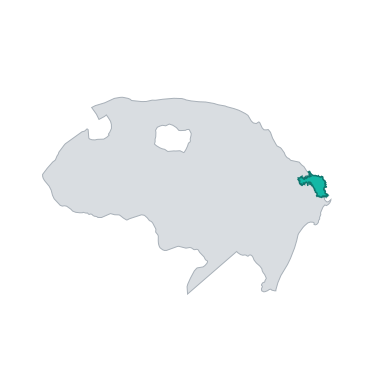 Overberg, Western Cape, South Africa (highlighted), rotated 229°
{"feature_id": "47623444B61406186088349", "entity_name": "Overberg", "entity_type": "district", "adm_level": 2, "iso_a3": "ZAF", "parent_name": "South Africa", "parent_adm1": "Western Cape", "projection": "orthographic", "projection_center": [19.752, -34.228], "detail": "fine", "context": "in_parent", "style": "filled", "palette": "teal", "viewbox_px": 384, "rotation_deg": 229, "n_neighbors": 0, "source": "geoboundaries", "source_scale": "gbopen_adm2", "svg_char_len": 8209}
<svg xmlns="http://www.w3.org/2000/svg" viewBox="0 0 384 384"><g transform="rotate(229 192 192)"><path d="M268.5,83.8L277.3,83.5L281.1,84.6L285.7,86.9L290.0,88.0L297.4,88.2L300.0,88.7L301.9,89.6L303.3,90.8L304.9,98.4L306.0,106.5L305.8,109.1L305.9,110.1L307.7,113.7L308.3,115.9L309.4,117.7L311.3,126.5L311.5,128.0L309.6,148.5L308.4,150.9L308.5,154.2L307.2,154.5L300.4,149.5L299.2,149.5L297.0,150.8L294.9,153.0L293.9,155.0L289.8,160.1L289.2,163.6L289.3,166.7L290.5,166.9L291.1,169.2L292.8,172.9L295.9,175.5L298.8,176.9L303.0,177.6L306.4,177.9L306.4,175.6L307.8,169.4L313.3,170.9L321.6,171.7L320.6,175.7L316.6,184.6L313.6,194.8L310.6,199.8L309.0,201.8L304.7,205.1L302.5,206.2L300.7,206.4L293.2,213.4L290.3,216.9L287.5,222.1L285.0,224.9L281.1,230.9L274.6,239.8L269.2,245.6L266.9,247.2L265.4,247.9L261.3,251.1L255.5,256.5L251.0,261.3L244.5,266.6L240.8,268.9L235.1,273.5L233.6,274.2L227.4,278.4L222.9,281.0L215.9,283.8L213.1,284.5L206.6,283.3L203.9,283.6L201.5,285.4L201.1,288.3L200.2,288.7L194.3,287.0L191.8,287.1L190.3,288.6L189.1,290.5L185.6,290.4L179.7,288.1L172.6,286.6L170.9,286.4L167.4,287.8L166.1,287.9L161.1,287.4L158.3,286.4L155.6,286.3L153.6,287.1L151.1,287.3L144.2,292.5L140.7,292.5L137.7,293.1L132.4,292.3L130.8,292.6L129.2,293.5L125.6,293.9L124.2,294.7L118.1,299.6L115.6,299.1L112.5,299.0L108.9,296.4L107.5,296.6L107.9,295.8L108.0,294.4L106.7,293.0L105.3,293.1L104.6,291.9L102.4,291.8L100.6,292.2L100.2,287.6L99.4,287.1L97.2,287.1L96.2,287.2L95.7,287.7L95.1,288.7L95.2,291.9L94.4,291.0L93.5,289.1L93.2,287.1L93.5,284.6L95.1,283.7L94.6,280.7L92.0,275.4L90.4,274.3L89.1,271.6L87.9,270.7L87.4,268.8L86.1,267.3L85.7,264.9L86.3,263.5L87.4,262.8L88.4,263.9L89.8,263.5L91.6,261.7L92.7,259.1L92.7,254.9L92.4,252.2L90.8,245.5L90.1,243.9L86.6,239.1L82.5,232.7L77.2,222.6L74.6,216.5L70.6,204.2L67.2,197.3L63.0,190.9L62.4,190.5L63.0,189.7L65.2,188.1L66.1,187.7L66.7,187.8L67.2,187.4L67.7,186.4L68.0,184.1L68.9,181.6L69.8,180.5L71.7,179.8L73.2,180.7L73.8,181.6L74.1,182.7L74.8,183.3L75.8,183.2L76.6,183.9L77.0,185.4L77.0,186.5L76.4,187.2L76.5,188.0L77.3,189.1L78.1,191.5L82.1,192.7L84.3,192.8L86.4,193.3L88.4,194.4L91.7,194.6L96.2,194.0L99.9,194.2L102.8,195.2L105.0,195.4L106.3,194.7L106.8,193.8L106.7,192.5L107.3,191.7L108.8,191.4L110.0,190.4L110.9,188.9L112.9,187.6L116.2,186.7L117.8,186.7L117.9,121.7L123.8,126.2L125.2,128.3L128.0,134.3L130.9,141.9L131.4,145.5L131.2,146.3L128.2,151.2L128.0,153.6L128.4,156.5L129.1,157.9L129.9,158.4L132.0,157.7L135.2,158.5L141.3,158.2L144.4,158.7L145.1,158.4L145.8,157.8L146.7,156.2L147.4,155.6L150.2,154.9L151.5,154.0L153.6,150.6L159.8,146.3L160.5,145.2L164.6,134.5L165.8,133.0L167.5,132.0L170.9,131.3L172.9,131.8L175.0,132.8L177.3,134.5L180.8,137.6L182.0,138.1L185.6,138.3L187.7,140.4L194.4,142.0L196.3,142.0L198.4,141.1L201.9,141.3L205.6,140.8L207.9,139.0L212.8,127.4L213.4,124.9L213.9,124.2L217.5,123.1L221.8,122.3L222.7,121.8L225.6,118.7L229.2,116.3L232.1,107.0L233.9,104.9L234.9,104.1L235.5,104.1L236.5,103.6L237.7,102.5L239.1,101.9L240.8,101.8L241.9,101.1L242.4,99.9L243.3,99.3L244.4,99.4L245.1,99.1L245.4,98.3L248.1,96.5L248.2,95.7L249.8,93.8L253.0,90.9L255.9,89.4L258.5,89.3L263.5,88.1L265.3,86.7L266.5,84.8L268.5,83.8ZM250.8,222.5L255.0,221.3L258.2,219.4L259.2,215.6L261.7,213.5L262.7,211.3L263.6,208.3L262.5,205.0L260.7,203.9L257.4,200.8L256.1,198.8L254.1,197.1L252.8,195.1L250.3,195.5L246.5,196.7L244.1,197.9L242.1,199.4L238.5,200.3L234.9,205.3L233.8,206.4L231.0,210.0L227.2,211.6L227.1,212.3L228.1,215.5L229.6,218.8L231.2,221.4L231.0,223.0L231.5,224.3L233.1,225.3L235.5,228.6L236.7,229.8L240.7,230.8L241.3,230.7L242.6,228.9L242.8,227.6L245.8,223.7L247.1,222.5L250.8,222.5Z" fill="#d9dde1" stroke="#a8b0b8" stroke-width="1"/><path d="M102.9,286.3L103.1,287.0L102.6,287.5L102.2,288.1L102.6,288.1L102.5,288.4L102.8,288.4L102.5,288.8L102.4,288.7L102.4,288.9L102.2,289.0L102.0,289.3L101.9,289.4L101.7,289.5L101.5,289.8L101.3,289.7L101.3,290.1L101.1,290.2L101.1,290.4L100.6,290.6L100.4,290.9L100.5,291.0L100.3,290.9L100.4,291.1L100.4,291.3L100.5,291.5L100.6,291.8L100.3,291.9L100.4,292.0L100.4,292.3L100.6,292.4L100.5,292.5L100.6,292.4L100.8,292.4L100.9,292.5L101.0,292.5L100.9,292.6L101.0,292.6L101.0,292.3L101.3,292.2L101.5,292.4L101.6,292.2L101.8,292.0L102.0,292.1L102.6,292.1L102.8,292.1L102.9,291.9L103.1,291.8L103.3,291.8L103.6,291.8L103.7,291.7L104.1,291.9L104.6,292.3L104.9,292.7L105.0,292.8L104.8,292.8L104.9,293.0L105.1,293.1L105.6,293.0L105.8,293.1L106.0,293.3L106.3,293.4L106.5,293.3L106.6,293.2L106.8,293.0L107.2,292.9L107.7,293.3L108.1,293.8L108.5,294.6L108.7,295.3L108.5,295.5L108.3,295.6L108.2,295.9L108.2,296.0L108.0,296.5L107.7,296.5L107.4,296.9L107.5,296.8L107.8,296.7L107.9,296.8L108.0,296.7L108.1,296.8L108.3,296.8L108.4,296.6L108.7,296.6L108.8,296.6L109.0,296.4L109.3,296.5L109.5,296.8L109.8,297.3L110.1,297.4L110.1,297.5L110.2,297.4L110.3,297.4L110.4,297.5L110.5,297.6L110.8,297.6L111.0,297.7L110.9,297.9L111.1,297.9L111.1,298.0L111.2,298.3L111.4,298.3L111.5,298.4L111.6,298.5L111.8,298.6L111.9,298.8L112.0,298.9L111.9,299.0L112.0,299.0L112.3,299.0L112.6,299.3L112.6,299.5L112.8,299.6L112.7,299.6L112.8,299.6L113.1,299.6L113.2,299.4L113.4,299.2L114.1,299.4L114.4,299.2L114.9,299.3L115.2,299.2L115.3,299.3L115.6,299.3L115.8,299.3L116.0,299.3L116.2,299.6L116.4,299.6L116.7,299.8L117.0,300.2L117.4,300.3L117.6,300.5L117.9,300.5L118.0,300.4L118.3,300.1L118.6,300.1L118.8,300.0L118.8,299.9L118.6,299.9L118.5,299.7L118.5,299.4L118.7,299.1L119.0,298.7L119.6,298.4L120.3,298.0L121.0,297.9L121.3,298.0L121.3,297.7L121.2,297.7L121.3,297.6L121.2,297.5L121.3,297.4L121.5,297.1L121.8,296.9L122.7,296.5L122.9,296.2L123.7,295.8L123.9,295.5L124.0,295.1L124.3,294.8L125.0,294.3L125.7,294.0L126.3,293.8L127.3,293.7L127.8,293.7L128.1,293.7L128.5,293.8L128.6,293.7L128.7,293.8L129.3,293.9L129.9,294.1L130.2,294.1L130.3,294.2L130.6,294.0L130.6,293.9L130.7,293.7L130.6,293.4L130.5,293.2L130.3,293.0L130.4,292.9L129.9,292.8L129.6,293.0L129.1,292.7L128.7,292.6L128.3,292.2L128.0,292.1L128.0,291.8L127.7,291.9L127.4,292.0L127.2,292.0L127.1,291.8L126.7,291.9L126.8,291.6L126.8,291.4L127.0,291.3L127.0,291.0L126.6,291.1L126.4,290.9L126.2,291.1L126.3,290.7L126.7,290.5L127.3,290.0L127.3,289.8L127.5,289.6L128.1,289.3L128.2,289.5L128.5,289.1L128.1,288.9L127.7,289.0L127.5,288.7L127.4,288.8L127.5,288.3L127.5,288.2L127.3,288.1L127.4,287.8L127.4,287.6L127.3,287.4L127.3,287.2L127.6,287.2L128.0,287.2L128.1,287.5L128.3,287.3L128.3,287.2L129.0,287.4L128.8,286.9L128.6,286.7L128.6,286.3L128.2,286.4L128.1,285.8L128.4,285.8L128.4,286.0L128.7,286.0L128.6,285.8L128.7,285.6L128.5,285.4L128.3,285.5L128.3,285.3L128.1,285.2L128.3,285.1L128.3,284.9L129.8,284.7L130.0,284.6L130.1,285.1L130.3,285.2L130.5,285.0L130.7,284.9L130.9,285.0L131.5,284.8L131.7,285.0L131.7,284.8L131.8,284.4L132.0,283.9L131.6,283.7L132.1,282.2L132.9,281.4L132.4,281.1L132.2,281.1L131.7,280.8L131.8,280.3L130.9,280.2L131.0,280.6L129.8,280.6L129.9,280.3L129.9,280.1L129.4,280.2L128.6,279.2L127.8,278.9L127.5,279.2L126.6,279.7L126.5,278.9L125.4,279.2L125.8,279.6L125.4,280.0L124.8,280.0L124.9,280.8L124.5,281.6L125.5,282.1L125.0,282.5L124.8,282.4L124.5,282.2L124.2,282.2L124.4,282.4L124.3,282.5L124.4,283.1L124.8,283.5L124.8,283.8L124.7,284.0L124.3,284.9L122.7,284.7L121.3,283.8L121.2,284.1L121.7,284.6L122.1,284.9L122.3,285.0L122.7,285.1L122.6,285.5L122.4,285.7L122.4,285.9L122.4,286.1L122.2,286.4L122.1,286.5L122.3,286.7L122.1,286.8L122.1,287.0L122.4,287.0L122.2,287.2L121.9,287.2L121.9,287.5L121.5,287.5L121.1,287.6L121.3,287.3L120.9,287.2L120.8,287.4L120.6,287.4L119.9,287.1L120.1,287.0L120.8,287.0L120.9,286.8L120.8,286.6L120.7,286.4L120.8,286.3L120.5,286.1L120.4,286.3L120.1,286.4L120.0,286.7L119.1,286.8L118.3,286.7L118.0,286.7L118.0,287.2L118.0,287.3L117.7,287.1L116.5,287.0L116.2,286.8L115.1,286.6L114.2,286.6L113.9,286.3L113.6,286.5L113.4,286.4L113.1,285.8L112.5,285.6L111.8,285.8L111.4,285.6L111.0,285.1L110.6,285.1L109.8,285.6L109.4,285.5L108.4,285.1L108.2,284.8L107.9,284.7L107.7,284.4L107.6,284.1L107.5,283.6L107.2,283.5L106.9,283.5L107.0,283.8L106.7,283.8L106.1,284.7L105.9,284.7L105.5,285.1L105.2,284.8L104.9,284.9L103.7,285.8L103.5,286.0L102.9,286.3ZM109.3,297.7L109.2,297.8L109.4,297.7L109.3,297.7ZM109.3,297.9L109.2,297.9L109.3,297.9Z" fill="#14b8a6" stroke="#0f766e" stroke-width="1.5"/></g></svg>